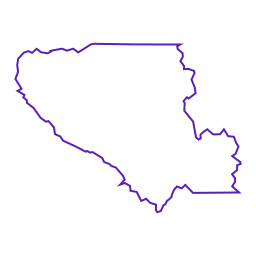 Santa Clara, California, United States of America (Albers equal-area conic projection)
{"feature_id": "52423323B90997065310094", "entity_name": "Santa Clara", "entity_type": "district", "adm_level": 2, "iso_a3": "USA", "parent_name": "United States of America", "parent_adm1": "California", "projection": "albers", "projection_center": [-121.672, 37.189], "detail": "fine", "context": "isolated", "style": "outline", "palette": "violet", "viewbox_px": 256, "rotation_deg": 0, "n_neighbors": 0, "source": "geoboundaries", "source_scale": "gbopen_adm2", "svg_char_len": 1437}
<svg xmlns="http://www.w3.org/2000/svg" viewBox="0 0 256 256"><path d="M239.1,192.5L232.2,186.4L235.1,181.7L235.0,178.2L232.1,174.2L237.0,170.2L237.2,165.1L240.6,164.0L240.3,162.1L232.2,156.1L235.5,153.9L238.5,146.5L236.3,143.2L233.8,136.7L228.2,136.2L223.9,129.3L220.2,134.2L213.2,134.4L207.3,129.3L202.9,132.4L200.5,134.6L200.7,138.5L198.5,139.5L196.0,137.3L193.1,121.6L184.3,110.7L184.7,103.0L183.5,101.2L187.0,97.3L188.6,98.6L195.6,93.2L194.8,87.6L191.5,79.6L194.6,73.0L194.0,70.9L188.7,69.0L184.0,69.1L184.1,66.0L180.4,61.2L182.8,56.8L182.6,53.2L177.7,49.1L177.2,46.4L180.3,44.5L135.7,44.4L93.8,43.8L91.1,44.3L78.2,52.4L73.2,48.7L66.9,50.6L62.0,48.7L50.7,50.8L51.1,51.5L47.7,53.2L47.5,53.3L45.2,52.9L40.9,52.2L36.7,48.8L32.1,52.9L28.5,51.1L23.9,52.6L18.2,58.7L17.2,65.3L18.1,71.8L15.4,78.9L21.5,88.8L17.5,90.9L24.4,94.9L23.3,97.4L26.6,100.1L26.8,100.3L27.0,102.9L33.5,107.9L40.7,118.0L46.1,121.7L48.5,121.1L54.0,127.5L55.0,134.1L60.3,136.5L63.0,140.6L75.9,146.6L85.7,151.7L87.0,151.0L90.4,152.6L92.6,152.1L95.8,154.1L102.1,157.9L104.2,162.0L109.5,164.1L111.2,165.8L115.9,167.6L123.1,175.9L124.7,179.6L120.2,184.6L124.9,183.0L130.0,186.0L130.5,190.8L136.7,191.9L141.3,201.0L146.1,198.7L150.1,202.8L156.0,204.7L156.0,210.4L157.3,212.2L160.8,211.0L163.5,205.2L165.4,204.3L166.6,201.4L171.3,197.3L172.1,194.2L174.1,189.7L176.9,186.5L181.7,188.3L185.3,184.9L193.0,192.9L239.1,192.5Z" fill="none" stroke="#5b21b6" stroke-width="2"/></svg>